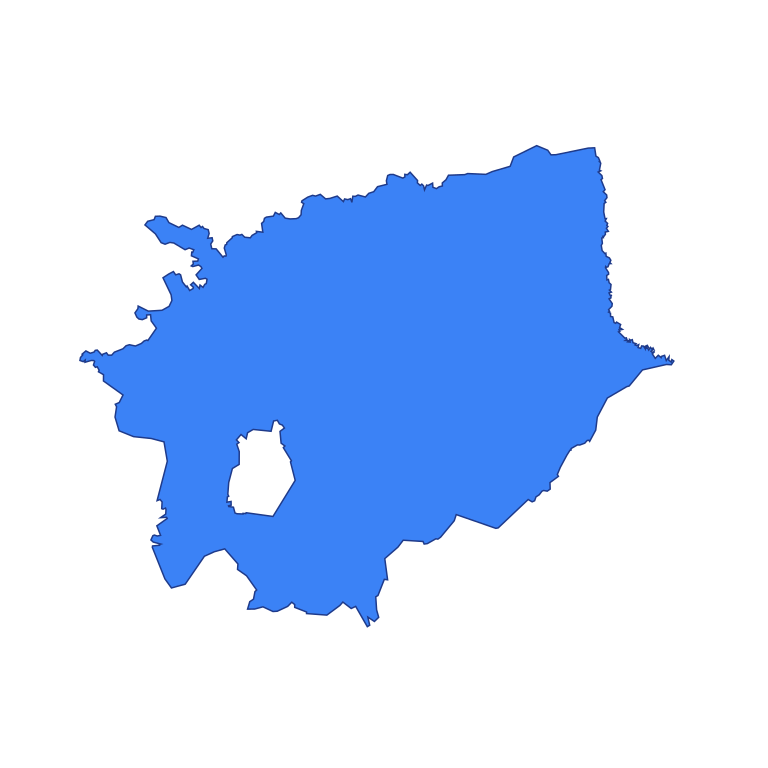 Cesvaines pag., Cesvaines, Latvia, rotated 73°
{"feature_id": "27541924B84614371300280", "entity_name": "Cesvaines pag.", "entity_type": "district", "adm_level": 2, "iso_a3": "LVA", "parent_name": "Latvia", "parent_adm1": "Cesvaines", "projection": "albers", "projection_center": [26.258, 57.009], "detail": "fine", "context": "isolated", "style": "filled", "palette": "blue", "viewbox_px": 768, "rotation_deg": 73, "n_neighbors": 0, "source": "geoboundaries", "source_scale": "gbopen_adm2", "svg_char_len": 6159}
<svg xmlns="http://www.w3.org/2000/svg" viewBox="0 0 768 768"><g transform="rotate(73 384 384)"><path d="M539.7,274.1L536.4,271.7L535.3,267.9L532.7,264.3L532.5,262.5L534.2,259.2L533.1,255.8L526.8,254.1L523.3,244.2L521.2,244.7L515.2,239.7L505.5,229.9L501.7,225.5L501.9,224.5L500.4,223.9L498.8,216.8L499.6,214.6L499.3,209.3L497.4,206.2L497.7,204.5L499.0,204.1L490.0,195.0L478.0,189.7L462.7,174.5L457.5,152.6L457.6,150.1L446.1,132.7L447.9,108.2L449.6,103.6L446.8,100.1L444.8,101.6L446.9,103.0L444.5,104.7L441.2,103.4L444.1,107.2L438.6,107.3L438.7,110.6L439.8,111.3L436.7,113.3L438.8,117.1L433.6,118.6L432.1,115.7L432.1,118.3L430.8,119.1L429.7,116.6L430.2,115.9L428.2,116.2L429.0,117.6L426.9,118.4L428.9,120.9L427.2,121.2L426.3,122.9L424.8,121.9L425.9,120.5L424.0,120.9L424.3,123.2L426.7,123.9L423.6,124.8L422.9,126.5L425.0,128.1L423.4,130.4L420.8,128.9L421.1,131.2L420.0,132.5L419.2,131.1L417.3,133.8L414.2,133.6L414.3,135.3L413.4,136.0L415.9,136.3L414.9,138.7L414.0,137.2L412.9,140.4L412.4,138.7L410.7,138.8L410.6,140.2L402.7,144.5L402.4,142.8L400.8,143.5L399.9,142.3L401.4,141.3L401.5,140.0L398.9,142.2L396.3,140.3L392.8,143.5L393.7,144.7L392.5,146.0L386.7,145.6L385.7,147.6L382.5,146.7L380.9,148.2L380.5,147.0L378.6,147.5L376.3,143.3L373.8,142.2L368.4,143.9L368.0,141.8L366.0,141.3L365.9,140.1L365.3,141.8L362.7,142.2L362.6,139.7L360.1,141.0L359.9,139.8L355.2,137.8L353.0,139.1L349.6,138.8L349.6,140.4L345.3,139.3L344.7,137.1L343.0,136.7L337.6,138.2L336.5,137.7L337.4,137.2L337.4,135.5L334.8,133.5L335.2,131.8L333.9,132.5L332.0,130.9L329.3,131.6L326.9,134.2L323.7,133.6L323.9,134.6L320.2,136.4L315.0,135.7L313.3,134.0L308.1,133.1L308.2,131.4L306.8,131.5L307.0,130.4L305.6,128.5L303.4,128.0L303.6,124.8L300.1,125.8L298.8,123.8L297.5,124.6L295.8,123.2L292.8,124.9L290.8,123.0L290.5,124.3L283.7,123.6L275.7,120.7L275.1,118.7L273.2,119.4L271.0,116.3L268.3,115.8L264.2,118.1L262.8,115.8L252.0,116.7L251.4,115.0L248.4,114.7L243.9,117.2L243.5,114.4L242.5,115.5L236.3,112.2L234.3,112.5L234.4,113.7L233.9,112.4L230.2,112.8L228.0,114.7L219.7,113.5L218.1,119.8L215.0,152.5L213.7,157.3L208.3,159.1L200.7,168.3L204.8,193.6L212.7,199.7L212.5,218.4L213.3,225.3L207.2,242.5L207.4,245.5L203.2,261.3L206.8,265.0L208.8,269.5L211.7,270.3L211.5,273.6L212.5,276.7L210.2,279.7L206.1,278.8L207.0,283.9L206.2,285.1L210.2,288.5L206.1,288.2L203.9,289.4L204.7,291.3L201.4,293.3L199.2,292.4L189.1,297.1L190.7,300.4L189.6,302.8L192.1,303.5L192.6,305.8L186.3,313.9L185.4,317.1L185.7,319.5L190.3,322.3L193.9,322.8L193.4,332.5L197.1,337.6L197.2,342.8L199.7,347.1L195.7,353.6L196.2,356.6L195.3,358.9L200.9,361.6L197.0,361.8L197.1,364.7L195.5,367.6L197.7,369.5L190.6,373.8L190.7,381.4L189.9,385.7L184.0,389.5L184.3,394.5L182.7,397.1L183.0,402.3L184.8,408.9L186.1,409.7L188.1,408.0L193.8,412.3L197.9,413.8L200.0,417.1L200.2,419.6L198.7,425.5L196.5,430.0L190.2,432.7L191.3,434.6L188.1,437.8L191.1,440.7L190.0,447.7L190.6,449.9L193.4,451.5L194.6,454.1L203.4,455.5L200.7,461.4L202.1,461.5L203.3,466.7L205.1,469.1L202.9,474.3L199.4,476.2L199.5,478.2L198.1,480.8L198.7,485.9L199.8,486.4L202.9,493.0L204.5,493.7L204.6,495.2L207.3,497.0L214.5,497.1L215.5,497.8L214.8,499.4L215.7,500.9L205.7,505.0L204.3,509.1L199.5,508.8L197.1,505.9L193.9,505.6L193.1,510.0L188.9,507.2L185.0,507.0L182.7,510.6L180.3,511.5L180.9,513.2L178.1,514.3L179.9,522.9L173.2,530.3L174.3,534.4L166.8,542.5L161.1,543.8L158.0,549.1L156.8,553.6L159.6,555.8L159.3,562.4L162.0,566.1L173.6,558.7L183.7,555.8L186.3,552.5L186.0,547.4L187.7,543.8L197.4,535.0L197.0,530.6L200.0,526.6L202.2,528.5L201.7,529.3L205.1,530.7L210.1,524.9L212.0,526.2L210.8,530.8L213.5,531.3L214.7,533.8L215.8,532.5L216.0,526.6L218.1,524.8L220.2,524.3L224.7,531.8L230.0,530.1L230.7,523.9L232.1,522.6L236.0,524.6L236.3,526.3L238.7,528.8L235.6,531.0L238.7,532.7L231.0,536.6L232.6,539.9L235.8,538.0L236.9,538.7L237.8,542.5L232.7,543.7L233.3,544.7L227.5,546.9L220.1,546.6L218.7,547.8L218.7,551.3L214.9,552.5L215.9,557.8L217.8,564.3L236.4,561.5L242.1,562.4L246.9,566.8L248.6,574.7L245.4,588.1L237.6,596.3L240.0,597.3L243.2,601.4L247.8,600.8L250.2,599.4L251.8,596.3L251.3,591.6L248.6,590.8L249.5,587.0L255.6,588.2L264.1,585.3L273.4,597.1L272.6,598.0L272.7,600.8L274.3,604.2L275.0,610.6L272.0,616.0L272.0,619.5L274.0,623.3L274.7,632.5L276.8,636.0L275.8,639.3L273.0,640.3L273.3,644.3L274.3,645.1L267.7,648.3L267.4,650.3L268.7,652.0L268.7,655.9L265.2,659.4L267.2,664.0L268.1,663.6L269.9,666.5L272.6,667.9L274.7,665.1L273.7,662.7L275.8,663.6L275.9,657.1L276.7,654.7L277.7,654.1L280.9,656.3L283.7,655.1L283.7,653.2L287.5,652.4L288.8,653.5L293.1,649.5L299.1,651.4L318.2,636.8L324.3,642.6L324.8,646.9L327.6,646.4L337.0,650.9L351.3,651.0L361.1,638.9L368.0,622.6L375.0,611.3L394.5,613.8L429.2,635.1L429.0,631.9L431.9,630.7L438.2,633.0L439.1,631.9L438.8,629.2L440.4,629.2L444.6,630.8L446.5,636.8L447.9,630.9L449.2,630.6L453.2,642.7L463.4,641.9L463.1,645.2L461.3,647.8L461.5,649.4L465.0,652.5L467.7,650.9L471.8,644.3L471.8,645.8L472.6,645.8L471.2,652.7L472.4,653.3L506.3,650.5L516.9,646.9L517.3,632.6L496.2,606.1L494.8,595.3L495.1,584.5L513.4,576.3L518.5,578.3L527.2,571.5L543.8,566.0L544.8,568.1L551.6,571.7L552.9,576.0L559.4,580.3L561.4,573.4L561.7,564.9L569.1,556.7L570.1,552.5L568.5,541.1L565.7,536.0L568.8,533.9L571.5,534.7L579.4,524.7L580.9,525.2L588.3,506.2L582.9,491.0L580.5,487.1L589.1,481.0L588.4,476.1L611.2,470.9L610.5,468.2L602.2,467.6L608.3,462.6L605.6,457.3L597.8,457.1L585.1,454.1L584.5,451.6L570.9,440.8L572.3,437.8L551.2,434.3L544.1,418.4L539.0,411.3L546.0,392.7L548.8,392.4L549.3,389.2L547.2,379.7L548.1,377.8L547.0,374.6L535.3,356.8L530.0,353.1L554.7,319.3L555.0,316.9L536.6,279.9L540.0,276.8L539.7,274.1ZM414.3,496.9L415.4,498.9L430.4,495.0L431.1,496.2L450.2,497.1L478.2,528.9L466.8,553.5L467.5,554.1L466.5,556.6L467.1,556.8L465.1,562.5L463.8,564.2L457.8,564.0L455.8,568.3L455.0,568.3L455.2,565.6L451.6,564.6L451.1,568.8L446.2,566.8L445.9,565.3L443.8,565.6L432.8,561.3L420.5,553.7L418.5,546.0L406.3,542.2L398.5,542.4L397.6,539.8L394.3,541.5L390.5,535.5L396.1,531.8L390.7,528.7L389.2,522.4L396.2,505.8L387.1,500.4L387.5,496.6L391.6,495.7L393.6,493.2L397.0,492.1L398.9,497.3L410.5,499.7L414.3,496.9Z" fill="#3b82f6" stroke="#1e3a8a" stroke-width="1.5"/></g></svg>